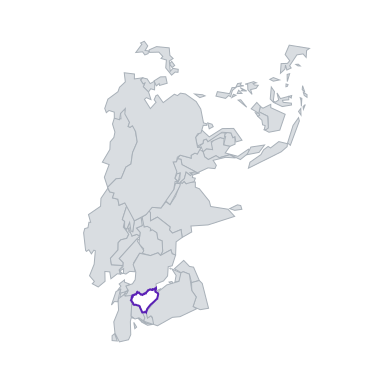 Asia, with Iraq highlighted, rotated 277°
{"feature_id": "IRQ", "entity_name": "Iraq", "entity_type": "country or territory", "adm_level": 0, "iso_a3": "IRQ", "parent_name": "Asia", "parent_adm1": "", "projection": "robinson", "projection_center": [44.579, 33.218], "detail": "fine", "context": "in_parent", "style": "outline", "palette": "violet", "viewbox_px": 384, "rotation_deg": 277, "n_neighbors": 45, "source": "natural_earth", "source_scale": "50m", "svg_char_len": 15010}
<svg xmlns="http://www.w3.org/2000/svg" viewBox="0 0 384 384"><g transform="rotate(277 192 192)"><path d="M185.5,108.0L182.1,110.3L181.5,114.8L176.5,113.8L175.8,119.3L169.9,121.2L173.0,126.6L171.9,129.2L156.2,126.2L154.7,128.7L148.8,128.1L143.1,134.4L138.0,132.9L135.9,127.2L132.7,124.9L125.5,125.6L116.2,119.1L110.0,120.9L110.6,132.4L105.7,129.3L101.8,130.9L101.7,127.8L96.0,122.1L102.7,120.1L102.5,115.2L92.8,116.6L86.3,110.5L88.8,104.2L91.3,106.0L96.4,100.5L108.4,103.7L121.9,103.2L122.3,101.7L118.3,99.7L122.1,96.6L120.2,94.5L121.1,93.5L138.3,89.4L142.6,90.0L143.9,93.1L149.4,93.4L149.5,95.1L157.0,92.0L166.7,103.0L174.6,102.4L185.5,108.0Z" fill="#d9dde1" stroke="#a8b0b8" stroke-width="1"/><path d="M110.6,132.4L110.0,120.9L116.2,119.1L125.5,125.6L132.7,124.9L135.9,127.2L138.0,132.9L142.1,134.4L148.4,129.4L147.3,131.8L154.3,133.8L151.3,136.0L148.3,135.8L148.2,133.5L144.9,134.2L143.2,138.0L141.0,137.8L143.2,142.3L142.0,145.5L117.1,127.9L113.5,132.4L110.6,132.4Z" fill="#d9dde1" stroke="#a8b0b8" stroke-width="1"/><path d="M349.6,270.6L348.8,291.1L346.5,288.5L339.5,288.9L342.6,285.4L340.9,279.4L329.2,273.5L327.2,275.3L324.6,271.3L329.4,269.3L325.3,269.3L320.6,265.3L330.3,264.8L331.3,271.1L334.2,273.0L339.8,267.7L349.6,270.6ZM304.4,290.4L302.7,294.3L300.0,294.6L301.6,291.6L304.4,290.4ZM330.3,284.1L330.1,281.7L331.3,279.5L331.8,281.9L330.3,284.1ZM285.3,249.4L283.8,252.2L288.6,259.5L285.3,259.9L280.5,275.0L264.1,271.6L260.7,261.1L262.6,256.1L265.0,259.9L274.1,258.5L276.4,257.9L279.7,248.8L285.3,249.4ZM313.2,273.1L320.3,272.1L321.3,274.5L313.2,273.1ZM310.3,274.3L308.4,273.7L307.9,272.4L310.7,272.2L310.3,274.3ZM313.3,255.5L315.5,258.8L313.9,265.2L311.9,259.2L313.3,255.5ZM293.8,258.3L305.9,257.9L301.7,261.6L291.9,261.6L291.5,264.0L293.9,266.8L300.7,264.3L295.5,268.4L299.9,279.2L297.3,279.0L298.7,276.4L295.3,276.8L294.0,270.6L292.1,271.6L292.3,279.8L290.5,280.2L287.8,271.2L290.9,261.9L293.8,258.3ZM292.6,293.8L287.7,292.5L290.3,291.8L292.6,293.8ZM290.4,290.1L296.2,289.0L298.8,287.9L298.3,289.6L290.4,290.1ZM284.9,287.9L288.2,289.8L281.6,290.8L284.9,287.9ZM252.3,280.9L270.4,284.2L278.8,288.7L275.6,289.9L250.3,283.9L252.3,280.9ZM245.3,264.6L252.6,272.0L251.6,280.8L248.6,280.9L242.8,275.7L222.5,245.1L228.6,245.9L237.5,255.8L242.7,258.0L246.5,262.0L245.3,264.6Z" fill="#d9dde1" stroke="#a8b0b8" stroke-width="1"/><path d="M304.6,291.9L307.1,288.9L311.0,288.8L304.6,291.9Z" fill="#d9dde1" stroke="#a8b0b8" stroke-width="1"/><path d="M58.6,157.6L56.2,162.1L55.9,169.5L54.3,164.1L56.6,158.2L58.6,157.6Z" fill="#d9dde1" stroke="#a8b0b8" stroke-width="1"/><path d="M60.7,154.7L56.7,158.2L60.3,153.5L60.7,154.7Z" fill="#d9dde1" stroke="#a8b0b8" stroke-width="1"/><path d="M57.8,160.4L56.0,163.7L56.8,160.0L57.8,160.4Z" fill="#d9dde1" stroke="#a8b0b8" stroke-width="1"/><path d="M57.8,160.4L66.4,157.3L67.4,161.1L61.5,163.2L64.1,166.3L58.9,170.5L55.9,169.5L57.8,160.4Z" fill="#d9dde1" stroke="#a8b0b8" stroke-width="1"/><path d="M100.6,186.0L107.2,186.4L113.2,181.4L110.0,191.5L101.8,190.0L100.6,186.0Z" fill="#d9dde1" stroke="#a8b0b8" stroke-width="1"/><path d="M98.5,184.4L98.3,182.1L99.8,180.2L100.7,183.0L98.5,184.4Z" fill="#d9dde1" stroke="#a8b0b8" stroke-width="1"/><path d="M88.9,167.7L92.0,172.5L87.0,170.8L88.9,167.7Z" fill="#d9dde1" stroke="#a8b0b8" stroke-width="1"/><path d="M110.6,190.9L113.7,183.9L123.1,192.1L117.8,198.6L117.6,202.7L105.1,210.0L102.0,202.6L110.1,199.4L111.8,193.1L110.6,190.9ZM113.8,179.5L112.7,180.3L113.4,179.3L113.8,179.5Z" fill="#d9dde1" stroke="#a8b0b8" stroke-width="1"/><path d="M241.9,224.0L242.6,217.6L251.1,218.7L252.2,216.5L255.5,219.8L255.4,223.5L250.9,226.0L252.2,227.9L244.7,228.9L241.9,224.0Z" fill="#d9dde1" stroke="#a8b0b8" stroke-width="1"/><path d="M248.8,217.4L242.6,217.6L241.9,224.0L234.8,220.2L233.0,233.3L241.4,242.8L238.7,244.5L230.1,236.1L233.6,224.9L229.3,214.8L231.0,211.4L226.2,204.3L228.4,200.3L233.3,198.1L236.7,201.1L236.6,207.2L242.2,204.7L246.6,207.5L249.5,213.4L248.8,217.4Z" fill="#d9dde1" stroke="#a8b0b8" stroke-width="1"/><path d="M254.7,217.7L248.8,217.4L249.5,213.4L244.3,204.9L236.6,207.2L236.7,201.1L233.3,198.1L237.6,195.7L236.9,192.1L241.6,197.0L244.9,197.0L246.3,199.8L243.9,201.7L254.1,212.3L254.7,217.7Z" fill="#d9dde1" stroke="#a8b0b8" stroke-width="1"/><path d="M233.3,198.1L228.4,200.3L226.2,204.3L231.0,211.4L229.3,214.8L233.6,224.9L231.1,231.1L230.5,221.1L226.0,209.1L221.4,212.9L218.0,211.9L217.9,205.0L211.7,194.8L217.9,178.7L223.1,177.1L223.2,173.4L227.1,175.8L225.5,187.1L228.3,186.6L230.9,190.1L230.4,192.7L235.7,193.6L233.3,198.1Z" fill="#d9dde1" stroke="#a8b0b8" stroke-width="1"/><path d="M247.0,229.4L252.2,227.9L250.9,226.0L255.4,223.5L255.0,214.5L243.9,201.7L246.3,199.8L244.9,197.0L241.6,197.0L238.3,191.7L246.6,188.9L254.5,194.5L248.8,202.4L258.6,214.3L260.2,225.6L249.5,235.3L247.0,229.4Z" fill="#d9dde1" stroke="#a8b0b8" stroke-width="1"/><path d="M299.3,129.0L298.8,133.7L294.5,137.3L297.6,141.6L288.8,142.4L289.4,138.4L286.0,136.7L287.3,134.7L290.5,130.8L294.3,131.9L293.3,130.3L297.0,127.2L299.3,129.0Z" fill="#d9dde1" stroke="#a8b0b8" stroke-width="1"/><path d="M293.0,143.6L297.7,140.8L302.4,146.6L303.2,151.9L296.9,154.1L293.8,146.8L295.6,146.2L293.0,143.6Z" fill="#d9dde1" stroke="#a8b0b8" stroke-width="1"/><path d="M186.4,107.7L196.0,103.2L209.1,106.4L210.7,99.4L224.2,105.3L231.8,104.7L236.6,107.8L242.1,108.2L249.8,104.8L255.8,105.9L256.0,112.6L261.3,111.5L266.7,114.6L253.5,121.5L249.3,120.6L248.6,122.6L250.5,124.8L247.7,127.6L235.1,131.5L223.8,128.2L212.4,128.0L208.6,123.3L197.0,120.1L195.9,115.1L186.4,107.7Z" fill="#d9dde1" stroke="#a8b0b8" stroke-width="1"/><path d="M223.2,173.4L223.1,177.1L217.9,178.7L212.5,193.0L210.7,188.0L209.7,190.0L208.1,188.4L211.0,183.7L204.3,182.8L200.2,179.1L199.5,181.3L201.6,182.9L199.5,185.2L201.2,186.1L202.3,194.1L197.2,194.7L196.1,198.9L185.0,210.3L179.9,212.3L179.3,229.8L173.0,237.3L161.3,212.0L158.1,195.1L152.3,196.6L145.7,187.8L153.4,185.7L148.8,177.6L151.6,174.3L154.7,174.5L162.9,160.8L158.3,154.3L166.4,153.3L168.7,150.6L171.9,154.3L172.4,163.2L179.1,167.3L176.8,171.7L185.8,176.2L198.9,179.2L200.2,173.9L200.8,177.1L203.3,178.3L209.4,177.9L208.2,174.9L219.5,169.6L220.2,172.9L223.2,173.4Z" fill="#d9dde1" stroke="#a8b0b8" stroke-width="1"/><path d="M210.7,188.0L212.0,197.3L208.9,190.7L206.4,190.6L206.1,193.6L202.6,192.9L199.5,185.2L201.6,182.9L199.5,181.3L200.2,179.1L204.3,182.8L211.0,183.7L208.1,188.4L209.7,190.0L210.7,188.0Z" fill="#d9dde1" stroke="#a8b0b8" stroke-width="1"/><path d="M208.2,174.9L209.4,177.9L200.8,177.1L203.5,173.3L208.2,174.9Z" fill="#d9dde1" stroke="#a8b0b8" stroke-width="1"/><path d="M198.6,174.6L198.9,179.2L196.6,179.3L176.8,171.7L180.2,166.6L192.3,173.6L198.6,174.6Z" fill="#d9dde1" stroke="#a8b0b8" stroke-width="1"/><path d="M168.7,150.6L166.4,153.3L158.3,154.3L162.9,160.8L154.7,174.5L151.6,174.3L148.8,177.6L153.4,185.7L145.7,187.8L140.6,182.3L127.4,183.4L128.3,179.8L132.1,178.1L125.2,168.5L129.7,170.1L139.8,168.3L141.1,163.8L147.3,161.9L152.7,147.4L161.1,145.5L164.2,149.4L168.7,150.6Z" fill="#d9dde1" stroke="#a8b0b8" stroke-width="1"/><path d="M134.0,145.6L145.6,145.4L149.4,141.2L152.6,146.7L156.0,144.4L161.1,145.5L151.3,148.8L152.5,151.7L150.9,155.4L148.4,155.3L149.6,157.4L147.3,161.9L141.1,163.8L139.8,168.3L129.7,170.1L125.2,168.5L127.5,165.6L123.8,158.5L125.1,150.1L129.8,150.9L134.0,145.6Z" fill="#d9dde1" stroke="#a8b0b8" stroke-width="1"/><path d="M142.0,145.5L143.2,142.3L141.0,137.8L148.2,133.5L149.3,135.7L145.6,138.0L156.4,138.3L160.5,144.6L152.6,146.7L149.4,141.2L145.6,145.4L142.0,145.5Z" fill="#d9dde1" stroke="#a8b0b8" stroke-width="1"/><path d="M148.4,129.4L154.7,128.7L156.2,126.2L171.9,129.2L156.4,138.3L145.6,138.0L145.7,136.2L154.3,133.8L147.3,131.8L148.4,129.4Z" fill="#d9dde1" stroke="#a8b0b8" stroke-width="1"/><path d="M101.8,130.9L105.7,129.3L109.4,132.6L113.5,132.4L117.1,127.9L138.5,142.9L138.6,144.8L136.5,143.8L127.9,151.3L125.1,150.1L124.8,147.5L114.6,142.7L105.9,145.3L105.6,139.8L102.5,136.4L102.9,133.8L107.6,133.5L104.8,129.9L102.6,133.0L101.8,130.9Z" fill="#d9dde1" stroke="#a8b0b8" stroke-width="1"/><path d="M92.3,168.2L89.0,160.2L83.9,155.4L85.6,150.1L80.8,142.9L80.5,138.3L85.7,140.4L90.6,137.8L93.6,144.1L98.0,146.3L105.7,146.0L112.8,142.4L124.8,147.5L123.8,158.5L127.5,165.6L125.2,168.5L132.1,178.1L128.3,179.8L127.4,183.4L116.3,181.3L115.0,177.5L105.7,178.0L100.3,174.6L96.4,167.5L92.3,168.2Z" fill="#d9dde1" stroke="#a8b0b8" stroke-width="1"/><path d="M58.2,159.4L60.7,154.7L59.0,150.9L61.3,146.5L75.9,145.2L73.1,147.9L72.3,154.0L61.2,160.6L58.2,159.4Z" fill="#d9dde1" stroke="#a8b0b8" stroke-width="1"/><path d="M86.6,140.4L79.3,135.7L79.1,133.1L84.2,134.0L86.6,140.4Z" fill="#d9dde1" stroke="#a8b0b8" stroke-width="1"/><path d="M82.2,145.4L61.3,146.5L59.6,149.6L59.8,147.0L56.0,146.6L42.9,148.6L37.6,147.0L34.4,138.2L42.6,132.7L53.6,130.2L65.8,133.5L76.7,131.6L82.2,137.4L80.5,138.3L82.2,145.4ZM34.8,130.8L39.6,130.2L42.0,132.4L35.0,136.0L34.8,130.8Z" fill="#d9dde1" stroke="#a8b0b8" stroke-width="1"/><path d="M184.8,238.7L184.5,242.0L180.9,243.6L179.0,236.6L180.1,231.4L184.8,238.7Z" fill="#d9dde1" stroke="#a8b0b8" stroke-width="1"/><path d="M259.4,205.1L256.8,201.4L262.5,199.2L261.7,203.6L259.4,205.1ZM156.4,138.3L173.0,126.6L169.9,121.2L175.8,119.3L176.5,113.8L181.5,114.8L182.1,110.3L186.4,107.7L195.9,115.1L197.0,120.1L208.6,123.3L212.4,128.0L223.8,128.2L235.1,131.5L245.1,128.7L250.5,124.8L248.6,122.6L249.3,120.6L253.5,121.5L261.3,115.8L266.8,115.7L261.3,111.5L254.9,111.3L255.8,105.9L261.8,105.1L262.8,99.7L260.3,97.3L264.3,95.2L273.9,97.2L282.5,106.3L287.1,107.3L293.2,112.4L302.1,110.2L302.1,120.5L297.2,121.0L299.3,129.0L297.0,127.2L293.3,130.3L294.3,131.9L290.5,130.8L286.0,136.7L278.7,140.0L280.1,135.2L278.2,133.5L269.7,140.5L276.7,145.4L279.0,143.2L283.3,144.5L284.2,146.1L277.2,152.5L286.9,162.6L285.9,165.8L288.7,168.5L288.5,173.5L282.3,185.1L275.4,190.6L262.0,195.0L261.5,198.3L260.0,198.5L259.5,195.0L251.7,193.7L250.5,190.6L246.6,188.9L236.9,192.1L237.6,195.7L230.4,192.7L230.9,190.1L228.3,186.6L225.5,187.1L227.1,175.8L224.7,173.2L220.2,172.9L219.5,169.6L210.3,174.5L203.5,173.3L200.6,176.4L200.2,173.9L192.3,173.6L172.4,163.2L171.9,154.3L164.2,149.4L156.4,138.3Z" fill="#d9dde1" stroke="#a8b0b8" stroke-width="1"/><path d="M289.6,182.7L289.8,190.6L289.0,193.2L286.6,188.2L289.6,182.7Z" fill="#d9dde1" stroke="#a8b0b8" stroke-width="1"/><path d="M86.3,130.7L89.9,132.9L91.8,130.9L96.5,135.7L94.4,135.9L92.8,141.8L90.6,137.8L86.6,140.4L84.3,136.8L82.7,132.6L86.6,133.2L86.3,130.7ZM85.7,140.4L83.9,140.0L82.2,137.4L84.7,138.1L85.7,140.4Z" fill="#d9dde1" stroke="#a8b0b8" stroke-width="1"/><path d="M70.0,125.8L83.9,128.7L86.9,132.8L74.0,131.7L73.8,128.3L70.0,125.8Z" fill="#d9dde1" stroke="#a8b0b8" stroke-width="1"/><path d="M293.4,223.9L290.6,220.0L294.0,221.2L293.4,223.9ZM298.9,234.0L298.4,228.1L299.6,230.1L301.5,227.0L298.9,234.0ZM305.5,231.6L309.0,239.7L308.2,242.6L307.0,239.4L305.8,241.0L306.0,244.8L302.7,243.0L300.8,237.7L296.2,239.7L300.3,235.0L305.7,234.1L305.5,231.6ZM289.5,229.1L282.8,236.0L288.8,226.6L289.5,229.1ZM294.7,205.0L294.2,217.3L300.5,219.0L301.1,222.9L297.7,219.7L291.3,218.7L292.2,216.6L289.0,213.9L290.1,204.1L294.7,205.0ZM295.9,229.5L295.2,224.9L298.7,225.9L295.9,229.5ZM305.2,224.1L306.2,227.6L304.0,226.8L303.7,230.5L301.7,222.8L305.2,224.1Z" fill="#d9dde1" stroke="#a8b0b8" stroke-width="1"/><path d="M235.7,242.0L243.8,245.0L247.5,258.3L239.5,253.7L235.7,242.0ZM285.3,249.4L279.7,248.8L276.4,257.9L265.0,259.9L263.1,258.2L262.6,256.1L266.8,256.5L267.3,253.9L271.8,252.6L275.1,248.1L278.2,248.8L281.8,240.6L288.8,245.4L285.3,249.4Z" fill="#d9dde1" stroke="#a8b0b8" stroke-width="1"/><path d="M278.4,245.2L278.2,248.8L276.4,249.8L275.1,248.1L278.4,245.2Z" fill="#d9dde1" stroke="#a8b0b8" stroke-width="1"/><path d="M332.0,139.1L332.3,151.8L324.9,153.4L322.2,157.0L319.3,153.5L309.1,155.7L312.4,158.0L312.1,163.4L309.1,163.5L309.0,160.6L305.5,157.5L312.0,150.8L319.9,150.5L320.8,145.0L323.0,146.5L326.8,142.1L325.4,132.8L327.9,132.2L332.0,139.1ZM332.5,124.2L333.6,122.8L335.8,126.3L331.6,130.3L326.7,128.2L326.8,131.6L324.0,131.6L322.3,128.5L325.1,125.9L323.6,119.2L332.5,124.2ZM313.1,157.0L316.4,154.2L319.2,155.9L315.5,159.4L313.1,157.0Z" fill="#d9dde1" stroke="#a8b0b8" stroke-width="1"/><path d="M102.0,202.6L105.1,210.0L102.5,213.3L78.6,222.6L76.2,214.5L78.4,207.0L88.3,209.0L94.1,203.8L102.0,202.6Z" fill="#d9dde1" stroke="#a8b0b8" stroke-width="1"/><path d="M55.9,170.0L62.8,167.9L64.1,166.3L61.5,163.2L67.4,161.1L82.0,170.5L89.4,171.1L96.7,178.3L101.8,190.0L110.6,190.9L111.8,193.1L110.1,199.4L94.1,203.8L88.3,209.0L78.4,207.0L76.7,210.9L66.8,195.3L65.2,187.8L55.0,174.0L55.9,170.0Z" fill="#d9dde1" stroke="#a8b0b8" stroke-width="1"/><path d="M55.5,150.1L51.2,153.5L49.4,151.9L55.5,150.1Z" fill="#d9dde1" stroke="#a8b0b8" stroke-width="1"/><path d="M75.9,145.6L76.2,145.5L76.6,145.1L76.9,144.8L77.0,144.7L77.2,144.9L77.4,144.9L77.8,144.8L78.1,144.8L78.3,144.9L78.9,145.1L79.0,145.2L79.3,145.2L79.7,145.2L80.0,145.1L80.2,144.9L80.3,144.9L80.5,145.0L80.7,145.3L80.7,145.7L80.7,145.9L80.8,146.0L81.0,145.9L81.2,145.7L81.5,145.6L81.6,145.4L81.9,145.4L82.1,145.4L82.2,145.5L82.5,146.5L82.8,146.9L82.9,147.0L82.8,147.4L82.9,147.6L83.0,147.7L83.1,147.8L83.3,147.8L83.7,148.9L83.7,149.0L83.8,149.0L84.0,149.0L84.5,149.3L84.7,149.6L84.8,149.6L85.2,149.6L85.8,149.6L86.1,149.8L85.9,150.0L85.5,150.1L85.4,150.3L85.3,150.5L85.4,150.9L85.7,151.2L85.7,151.3L85.7,151.5L85.8,151.6L85.7,151.8L85.2,152.1L84.6,152.8L84.5,153.0L84.5,153.4L84.4,153.5L84.2,153.5L84.0,153.9L83.9,154.0L84.2,154.4L84.2,154.7L84.2,154.9L83.9,155.2L83.8,155.4L83.9,155.5L84.0,155.6L84.6,156.3L84.7,156.6L84.9,156.5L85.0,156.5L85.1,156.8L85.4,157.0L85.5,157.2L85.8,157.8L85.6,158.2L85.6,158.4L85.7,158.6L86.2,158.6L86.4,158.7L86.9,159.0L87.5,159.5L88.0,159.8L88.4,160.2L88.8,160.1L89.1,160.3L89.2,160.6L89.4,161.2L89.7,161.4L90.0,161.8L90.3,162.3L90.1,162.9L89.9,163.5L89.9,164.3L89.9,164.8L90.3,164.8L90.8,164.8L90.8,165.3L90.8,165.9L90.8,166.5L91.0,166.5L91.3,166.8L91.5,166.9L91.7,167.0L91.8,167.2L91.9,167.3L91.9,167.6L92.0,167.8L92.3,168.0L92.0,168.1L91.7,168.1L91.2,167.8L90.8,167.9L90.7,168.0L90.1,167.7L89.9,167.6L89.5,167.6L89.0,167.7L88.7,167.8L88.4,168.0L88.3,168.5L88.1,169.0L87.9,169.4L87.5,170.0L87.3,170.3L86.9,170.8L86.4,170.9L85.3,170.8L84.1,170.7L82.9,170.5L82.0,170.5L82.0,170.4L81.1,169.7L80.4,169.1L79.5,168.4L78.6,167.7L77.7,166.9L77.1,166.4L76.3,165.7L75.6,165.0L75.0,164.5L74.3,164.1L73.7,163.7L72.9,163.2L72.2,162.8L71.7,162.5L70.8,162.0L70.5,161.8L69.6,161.6L68.7,161.5L67.9,161.3L67.3,161.2L67.7,160.9L67.6,160.5L67.3,160.6L67.0,160.7L66.9,160.1L67.1,160.1L66.9,159.4L66.7,158.7L66.5,158.0L66.4,157.3L67.1,156.9L67.7,156.5L68.5,156.1L69.2,155.6L69.9,155.2L70.7,154.7L71.4,154.3L72.1,154.1L72.5,153.4L72.8,152.9L72.8,152.1L72.9,151.3L73.0,150.8L73.1,150.5L73.2,150.2L73.3,149.9L73.2,149.6L73.1,149.2L73.0,148.8L73.0,148.4L73.0,148.2L73.1,147.8L73.3,147.6L73.4,147.4L74.0,147.3L74.4,147.2L74.9,146.7L75.2,146.5L75.6,146.0L75.9,145.7L75.9,145.6Z" fill="none" stroke="#5b21b6" stroke-width="2"/></g></svg>